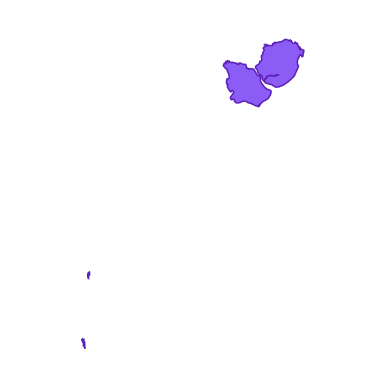 outline of Yangon (South), Yangon, Myanmar, rotated 346°
{"feature_id": "60261553B83294236469928", "entity_name": "Yangon (South)", "entity_type": "district", "adm_level": 2, "iso_a3": "MMR", "parent_name": "Myanmar", "parent_adm1": "Yangon", "projection": "mercator", "projection_center": [96.21, 15.522], "detail": "fine", "context": "isolated", "style": "filled", "palette": "violet", "viewbox_px": 384, "rotation_deg": 346, "n_neighbors": 0, "source": "geoboundaries", "source_scale": "gbopen_adm2", "svg_char_len": 5700}
<svg xmlns="http://www.w3.org/2000/svg" viewBox="0 0 384 384"><g transform="rotate(346 192 192)"><path d="M297.3,66.4L297.6,66.6L298.8,67.0L299.0,67.1L299.2,67.7L299.1,68.2L298.6,68.5L297.3,68.5L296.9,68.9L296.2,69.4L296.0,69.6L295.8,70.1L296.3,71.3L296.4,71.7L296.3,72.1L296.1,72.3L295.3,72.9L294.7,73.6L294.3,74.2L294.4,74.6L294.0,75.4L293.2,76.1L292.2,76.7L292.1,76.9L292.1,77.6L291.9,79.3L291.6,80.8L291.1,81.4L290.8,81.5L290.0,81.7L289.4,81.6L289.4,82.2L289.0,82.9L287.3,84.3L285.0,84.9L284.5,85.2L283.9,85.8L283.9,87.5L284.7,88.6L284.9,89.8L284.7,91.2L285.2,93.1L285.7,93.9L287.7,96.0L288.0,97.0L287.9,97.9L287.5,99.3L287.5,99.9L288.8,102.2L289.1,101.7L289.0,101.0L289.4,100.4L289.8,100.1L290.2,100.1L290.8,99.8L291.2,99.3L291.9,98.9L292.0,98.7L292.5,98.2L293.3,97.7L294.1,97.8L296.4,97.7L296.8,97.8L297.5,98.6L298.2,98.6L299.5,99.4L299.8,99.4L300.5,98.7L300.9,98.9L301.0,99.3L301.8,99.4L302.1,99.2L302.4,98.7L302.7,98.7L303.0,99.0L303.3,98.9L303.6,99.0L304.3,99.4L304.7,99.4L304.5,99.5L304.1,99.5L303.7,99.2L303.0,99.1L302.6,98.9L302.2,99.4L301.7,99.6L301.2,99.6L300.9,99.4L300.7,99.0L300.5,98.9L299.9,99.5L299.6,99.6L299.4,99.5L298.1,98.7L297.6,98.8L297.2,98.6L296.4,98.0L295.5,97.9L294.5,98.2L293.3,98.0L292.7,98.4L292.4,98.6L292.3,99.1L292.1,99.3L291.4,99.4L290.8,100.1L289.4,100.7L289.3,101.1L289.4,102.6L289.6,103.8L289.8,104.0L290.9,104.6L291.8,105.3L294.1,106.4L294.3,106.7L295.0,106.9L297.1,109.0L297.6,109.3L298.3,110.4L299.4,110.7L300.8,110.7L301.5,111.1L303.3,110.7L306.0,110.5L308.3,109.7L311.5,108.5L313.0,107.8L316.6,105.8L318.9,104.5L319.7,103.7L324.5,97.5L325.6,96.0L325.9,94.9L325.4,94.3L325.2,93.6L325.6,91.6L325.8,90.6L326.1,89.9L326.8,88.9L327.0,88.8L327.2,88.5L327.5,88.2L327.5,87.6L328.0,87.6L328.1,87.3L328.4,87.0L329.4,85.7L329.7,85.6L330.1,85.0L330.2,85.4L330.8,85.4L331.7,85.9L331.2,87.1L331.5,87.3L332.4,87.2L332.7,86.8L333.1,84.9L334.2,83.5L333.6,83.3L334.4,81.9L334.8,81.6L333.2,80.4L332.2,80.1L332.4,79.7L332.0,79.2L332.0,78.8L331.9,78.8L331.6,79.6L331.4,79.8L331.4,79.7L331.6,79.1L331.4,79.0L331.1,79.1L331.1,78.9L331.3,78.7L331.2,78.6L331.4,78.2L330.8,78.2L330.9,77.7L330.7,77.1L330.9,77.0L330.7,76.9L330.4,77.0L330.4,76.9L330.6,76.6L330.5,76.4L330.6,75.8L330.4,75.5L330.2,75.5L330.0,75.1L330.0,74.1L330.3,73.5L330.1,73.3L329.9,73.1L329.6,73.8L329.3,73.3L329.0,73.0L329.1,72.6L328.8,72.6L328.7,72.2L328.4,72.2L328.2,71.5L327.5,72.0L326.7,72.4L325.9,72.2L325.4,71.5L325.4,71.1L324.9,70.6L325.1,70.4L325.0,70.0L325.0,69.3L324.5,69.1L324.1,68.3L323.7,68.7L322.8,68.8L322.8,68.4L322.5,68.3L322.2,67.9L320.6,67.1L320.2,66.6L318.5,66.7L317.1,67.1L316.4,67.5L316.0,67.5L315.1,68.0L314.8,67.8L314.2,67.6L313.8,67.7L313.5,67.5L313.1,67.4L312.5,67.5L312.4,67.8L310.3,67.4L310.1,67.5L308.6,66.8L307.9,67.1L307.9,67.3L308.1,67.6L308.1,67.8L307.8,67.6L307.4,67.4L307.3,67.5L307.0,67.7L306.6,68.0L306.4,67.6L306.2,67.6L306.3,68.1L306.2,68.4L305.9,68.6L305.8,69.0L305.3,69.3L303.0,68.7L302.3,68.7L301.9,68.2L301.2,68.2L301.0,67.7L300.0,68.2L299.5,68.0L299.5,67.1L299.5,66.6L298.9,66.6L297.3,66.4ZM252.6,109.0L252.2,109.4L252.1,110.0L252.0,111.1L252.2,111.5L252.5,111.9L252.8,112.0L253.2,112.1L253.8,111.7L254.1,111.9L254.7,111.8L255.3,112.3L255.5,112.8L255.4,113.4L255.1,113.8L255.1,114.1L255.6,114.9L256.0,115.1L256.2,115.5L256.2,115.9L257.0,116.4L257.9,116.6L259.0,116.8L260.5,116.8L262.7,116.3L264.5,116.4L265.4,116.7L265.8,117.0L266.5,117.3L267.1,117.8L267.7,118.7L269.5,119.8L271.0,120.4L271.3,120.8L271.4,121.2L272.5,121.8L274.5,123.7L275.4,124.2L275.9,124.3L277.0,124.2L279.0,123.3L279.9,122.8L280.5,122.6L283.1,121.2L285.1,120.8L286.7,120.4L288.2,119.8L289.8,118.7L290.6,117.5L291.4,117.1L291.7,116.5L291.8,116.0L292.3,115.7L292.3,115.3L292.8,114.6L292.9,114.1L292.9,113.8L293.1,113.3L293.1,112.8L292.8,112.4L289.5,110.2L288.0,108.1L287.5,107.2L286.7,105.2L286.2,104.2L285.7,102.5L285.3,100.9L285.3,100.2L285.6,99.0L286.2,97.7L286.3,96.8L286.1,96.1L285.9,95.8L284.8,95.4L284.3,94.9L283.5,94.1L283.2,93.6L282.8,91.6L281.9,88.9L281.8,88.4L281.9,88.0L281.9,87.9L280.1,87.0L277.4,86.1L277.1,86.1L276.1,87.2L276.3,86.7L276.9,86.1L276.0,85.7L275.7,85.4L275.5,85.0L274.9,84.9L275.2,83.3L275.0,81.3L274.8,81.3L274.3,80.9L273.4,80.8L272.0,80.2L271.4,79.6L269.9,78.5L269.1,78.3L268.8,78.4L268.3,79.5L268.1,79.6L267.9,79.5L267.5,79.2L266.6,78.8L266.9,78.4L266.8,78.2L266.6,78.1L266.6,77.9L266.0,77.5L265.8,77.6L264.6,77.3L264.1,76.6L263.2,76.5L262.2,75.7L261.8,75.8L261.4,75.8L261.0,75.5L260.2,75.5L259.9,75.2L259.5,75.2L259.2,74.9L259.7,74.5L259.8,74.0L258.4,73.7L258.2,73.2L257.9,73.3L257.4,73.8L257.1,73.6L256.4,73.6L256.4,73.9L256.6,74.6L256.8,74.5L256.9,74.3L257.0,74.2L257.3,74.3L257.4,74.5L257.0,74.9L256.5,75.2L256.0,75.1L255.6,74.9L255.2,74.8L255.3,75.2L255.1,75.2L255.0,75.5L254.9,75.4L254.1,75.2L254.0,75.4L253.9,75.6L253.2,76.6L252.9,77.4L253.5,78.2L253.9,78.9L254.0,79.3L255.2,81.4L255.9,82.9L255.6,83.3L255.7,84.1L255.9,85.0L256.1,87.2L256.4,88.0L256.2,88.4L255.8,89.8L255.5,90.3L254.8,90.8L254.0,91.0L253.3,90.8L252.6,91.9L251.9,94.2L251.8,95.6L252.4,96.1L252.8,96.8L251.9,97.8L251.8,99.3L252.2,99.9L252.3,101.0L253.1,103.1L253.9,104.3L254.4,104.2L254.8,103.4L255.3,103.2L256.0,103.2L256.3,104.2L256.2,104.3L256.6,105.0L256.6,105.4L256.4,105.7L252.6,109.0ZM50.6,317.6L50.6,315.5L51.2,313.6L51.5,311.0L50.9,310.0L50.6,309.4L51.5,308.8L50.4,308.0L49.2,308.7L50.1,313.1L49.5,314.3L49.4,315.1L49.9,315.5L50.2,317.6L50.6,317.6ZM70.8,250.0L71.8,248.0L72.7,247.5L72.9,245.8L73.2,245.1L73.0,244.7L71.5,245.5L70.6,247.4L70.3,249.8L70.4,250.5L70.7,250.8L70.8,250.0ZM277.4,125.4L277.8,125.2L278.0,124.4L279.4,123.8L279.5,123.6L279.4,123.5L279.2,123.5L278.4,123.8L276.8,124.6L276.8,125.1L277.0,125.3L277.4,125.4Z" fill="#8b5cf6" stroke="#5b21b6" stroke-width="1.5"/></g></svg>